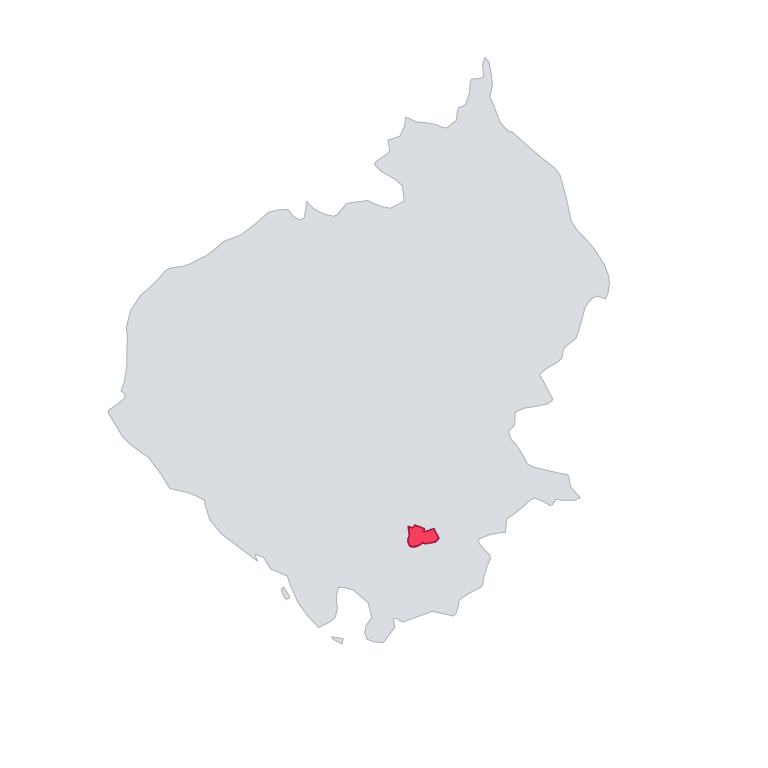 Basedth, Kâmpóng Spœ, Cambodia (highlighted), rotated 331°
{"feature_id": "14789045B19080448821327", "entity_name": "Basedth", "entity_type": "district", "adm_level": 2, "iso_a3": "KHM", "parent_name": "Cambodia", "parent_adm1": "Kâmpóng Spœ", "projection": "robinson", "projection_center": [104.498, 11.199], "detail": "fine", "context": "in_parent", "style": "filled", "palette": "rose", "viewbox_px": 768, "rotation_deg": 331, "n_neighbors": 0, "source": "geoboundaries", "source_scale": "gbopen_adm2", "svg_char_len": 6631}
<svg xmlns="http://www.w3.org/2000/svg" viewBox="0 0 768 768"><g transform="rotate(331 384 384)"><path d="M630.5,147.4L632.0,153.4L628.0,164.9L623.7,175.3L615.6,184.4L615.3,191.1L612.5,211.1L613.6,217.5L615.5,222.9L618.2,225.8L625.2,245.4L631.7,263.2L638.0,277.8L639.2,287.0L633.5,310.4L626.8,331.9L627.4,342.7L630.3,353.4L633.4,367.7L634.6,386.0L633.0,397.9L630.0,405.3L624.1,412.9L619.1,416.8L612.9,410.4L608.1,410.1L601.5,412.0L596.4,415.0L586.0,426.1L574.4,437.0L558.3,439.8L552.1,447.8L545.4,448.9L532.7,449.3L524.4,451.2L524.8,455.3L524.2,474.4L524.3,478.8L523.1,480.0L517.3,480.6L507.6,477.7L494.4,472.9L485.0,472.2L480.2,480.5L477.3,483.8L473.8,484.3L470.1,485.8L468.8,489.5L468.5,494.1L470.3,502.1L471.0,514.7L470.6,523.3L474.0,528.8L494.2,547.1L500.1,551.7L500.8,554.4L497.3,564.4L500.5,578.4L494.1,578.1L483.6,572.1L478.6,568.4L472.5,571.3L470.4,570.8L466.2,563.9L460.8,556.9L455.3,556.4L443.6,559.2L431.6,561.1L427.0,561.1L425.2,562.4L418.2,572.8L415.3,571.0L403.2,567.0L392.2,565.5L389.9,568.2L391.2,576.8L393.7,585.1L392.2,588.6L386.2,593.0L378.2,600.9L373.3,607.1L369.9,608.6L357.7,608.3L345.5,609.1L340.7,614.9L336.1,619.4L332.2,620.6L316.3,606.3L284.8,601.3L281.4,595.0L278.4,593.8L275.4,602.0L258.1,609.9L250.9,605.1L245.6,599.3L246.4,592.3L251.4,586.5L260.0,582.4L264.0,567.9L257.4,549.3L251.7,543.9L245.7,539.6L239.3,546.5L233.9,558.3L228.3,564.4L220.4,565.8L208.9,565.3L204.4,547.6L202.9,532.5L204.5,515.2L206.3,505.0L195.2,490.9L194.6,477.4L189.2,470.5L187.7,474.0L187.8,477.9L186.3,475.1L168.8,435.6L165.9,417.3L168.9,403.3L170.7,398.5L165.7,391.1L158.6,382.7L146.0,371.7L145.2,354.2L142.4,333.6L138.7,326.7L132.9,314.0L129.8,303.5L128.8,275.8L130.4,273.5L139.3,272.7L150.8,270.7L152.6,266.3L150.6,262.6L157.9,256.3L168.4,242.5L176.5,228.1L182.3,219.0L185.8,210.0L197.6,197.2L213.9,188.4L224.9,186.3L236.3,183.3L247.3,179.1L252.5,178.7L266.2,183.8L273.6,185.1L281.3,185.1L289.3,185.6L296.3,185.1L313.1,181.5L330.8,184.3L346.6,182.1L366.2,177.9L375.9,180.5L384.6,184.7L385.9,193.2L387.9,197.0L390.8,200.0L394.7,200.0L399.7,194.1L403.9,188.0L405.2,186.9L405.5,189.9L407.5,196.5L411.3,203.0L415.0,207.3L421.4,213.0L425.5,213.3L438.8,207.9L458.9,215.7L461.3,219.7L467.8,227.6L474.9,233.4L490.5,233.8L496.1,219.7L493.4,211.1L484.4,196.1L482.0,187.3L484.8,185.7L500.0,184.0L502.4,182.3L505.7,172.6L509.8,173.7L518.2,174.9L527.1,168.3L532.3,161.3L535.2,164.5L538.4,169.4L541.8,172.2L548.2,176.4L555.2,182.3L559.6,188.1L563.1,190.4L572.1,188.8L574.5,189.0L579.7,182.0L583.4,178.1L586.5,179.2L591.0,179.1L600.4,170.2L605.7,162.0L608.6,159.8L617.1,163.9L620.4,163.0L625.3,151.8L630.5,147.4ZM198.5,524.3L196.8,525.4L195.2,525.4L193.5,523.7L193.7,517.4L194.9,513.5L197.7,512.8L198.5,524.3ZM224.8,586.8L221.3,591.1L215.6,582.3L215.7,579.8L224.8,586.8Z" fill="#d9dde1" stroke="#a8b0b8" stroke-width="1"/><path d="M342.6,522.2L342.3,522.4L341.9,522.6L341.7,522.8L341.4,522.9L340.8,523.2L340.3,523.4L340.0,523.5L339.6,523.5L339.2,523.5L338.7,523.3L338.4,523.1L338.2,522.8L337.9,522.5L337.8,522.2L337.7,522.1L337.6,521.8L337.4,521.7L337.2,521.5L337.2,521.1L337.0,520.9L336.9,520.8L336.6,520.6L336.4,520.5L336.2,520.5L335.8,520.5L335.9,521.2L335.8,521.5L335.8,521.8L335.8,522.0L335.7,522.2L335.4,522.2L335.3,522.3L335.2,522.7L335.1,522.8L334.9,522.9L334.9,523.2L334.8,523.3L334.7,523.4L334.7,523.6L334.7,523.8L334.5,524.2L334.5,524.5L334.4,524.7L334.3,524.9L334.2,525.0L334.2,525.3L334.1,525.7L334.1,525.8L334.0,526.0L333.9,526.2L333.8,526.3L333.7,526.4L333.7,526.6L333.5,526.8L333.4,526.9L333.3,527.0L333.2,527.1L333.2,527.3L333.3,527.4L333.2,527.5L333.1,527.8L333.1,528.0L333.0,528.3L332.9,528.5L332.7,528.8L332.5,529.0L332.3,529.1L332.2,529.3L331.9,529.6L331.7,529.7L331.4,529.9L331.2,530.0L330.6,530.5L330.4,530.7L330.2,530.8L330.1,531.0L329.7,531.5L329.3,532.1L329.2,532.3L328.5,533.2L328.5,533.3L328.4,533.4L328.3,533.5L328.3,533.8L328.3,534.0L328.4,534.3L328.3,534.5L328.3,534.8L328.2,534.8L328.2,535.1L328.2,535.3L328.3,535.4L328.3,535.5L328.3,535.9L328.3,536.0L328.2,536.3L328.0,536.5L328.0,536.8L328.0,537.0L327.9,537.1L328.0,537.3L328.1,537.5L328.1,537.8L328.3,537.9L328.4,538.0L328.2,538.3L328.3,538.4L328.3,538.5L328.3,538.8L328.5,538.8L328.7,539.0L328.8,539.0L329.0,539.3L329.0,539.6L329.3,539.5L329.4,539.4L329.5,539.5L329.7,539.8L329.9,540.0L330.1,540.1L330.2,540.3L330.3,540.4L330.4,540.5L330.5,540.7L330.8,540.8L331.0,540.9L331.0,541.0L331.3,541.1L331.4,541.3L331.4,541.2L331.6,541.2L331.8,541.1L331.8,541.3L332.0,541.4L332.3,541.5L332.5,541.6L332.8,541.6L333.0,541.5L333.1,541.4L333.1,541.2L333.2,541.3L333.3,541.2L333.5,541.2L333.8,541.2L334.0,541.2L334.0,541.3L334.2,541.5L334.3,541.7L334.5,541.6L334.8,541.7L335.0,541.8L334.9,541.9L335.0,541.9L335.1,542.0L335.3,542.0L335.5,542.1L335.8,542.0L335.9,541.9L336.0,542.0L336.1,541.9L336.3,542.0L336.5,542.0L336.8,542.1L337.0,542.0L337.3,542.0L337.6,542.1L337.9,542.1L338.0,542.2L338.3,542.1L338.5,542.1L338.8,542.0L339.0,542.0L339.3,541.9L339.6,541.7L339.8,541.5L340.0,541.4L340.5,541.3L340.8,541.3L340.8,541.6L340.9,541.8L340.9,542.0L341.0,542.1L341.3,542.4L341.4,542.5L341.5,542.6L341.7,542.8L341.9,543.0L342.0,543.1L342.1,543.3L342.4,543.5L342.5,543.5L342.8,543.7L342.9,543.8L343.1,544.0L343.3,544.1L343.8,544.2L344.1,544.3L344.3,544.4L344.5,544.5L344.9,544.7L345.0,544.7L345.3,544.7L345.5,544.8L345.8,544.9L346.0,544.9L346.2,545.0L346.4,545.0L346.5,545.0L346.9,545.1L347.1,545.3L347.3,545.3L347.6,545.5L347.9,545.7L348.1,545.8L348.5,546.0L348.8,546.1L349.1,546.1L349.3,546.2L349.4,546.3L349.6,546.3L350.0,546.3L350.3,546.3L350.5,546.4L350.8,546.5L351.1,546.5L351.3,546.5L351.5,546.5L351.7,546.8L351.8,546.9L351.9,547.0L352.2,547.1L352.4,547.2L352.5,547.2L352.8,547.0L352.9,546.9L353.0,546.6L353.1,546.4L353.4,546.5L353.6,546.6L353.8,546.5L354.0,546.5L354.3,546.6L354.5,546.5L354.6,546.4L354.8,546.3L355.2,546.3L355.4,546.3L355.5,546.3L355.8,546.2L356.0,546.1L356.2,545.9L356.2,545.7L356.3,545.7L356.5,545.7L356.8,545.7L356.9,545.8L357.0,545.8L357.3,545.1L357.3,543.9L357.4,543.0L357.4,542.1L357.5,541.7L357.4,541.3L357.3,540.0L357.2,538.6L357.2,538.1L357.3,537.4L357.3,537.1L357.4,536.8L357.7,535.8L357.7,535.5L357.7,535.0L357.4,534.9L356.2,534.4L355.1,534.1L354.4,533.9L353.8,533.9L353.4,533.9L352.8,533.9L352.7,533.9L352.4,533.9L352.0,533.8L351.5,533.7L350.9,533.5L350.3,533.4L349.4,533.2L349.1,533.2L348.5,532.9L348.2,532.9L347.9,532.8L347.6,532.6L347.4,532.6L347.9,531.7L348.5,531.1L349.2,529.9L347.6,528.4L347.5,528.2L347.4,528.0L347.0,527.5L346.6,526.9L346.0,526.1L345.7,525.7L345.3,525.2L344.5,524.8L344.3,524.6L343.9,524.1L343.6,523.5L343.2,523.0L342.8,522.5L342.7,522.3L342.6,522.2Z" fill="#f43f5e" stroke="#9f1239" stroke-width="1.5"/></g></svg>